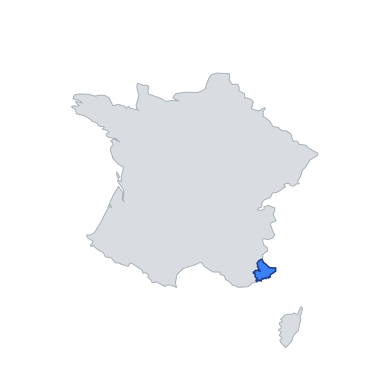 location of Alpes-Maritimes within France, rotated 16°
{"feature_id": "FRA-5266", "entity_name": "Alpes-Maritimes", "entity_type": "Metropolitan department", "adm_level": 1, "iso_a3": "FRA", "parent_name": "France", "parent_adm1": "", "projection": "equal_earth", "projection_center": [7.102, 43.917], "detail": "fine", "context": "in_parent", "style": "filled", "palette": "blue", "viewbox_px": 384, "rotation_deg": 16, "n_neighbors": 0, "source": "natural_earth", "source_scale": "10m", "svg_char_len": 5731}
<svg xmlns="http://www.w3.org/2000/svg" viewBox="0 0 384 384"><g transform="rotate(16 192 192)"><path d="M292.5,154.5L290.1,155.6L288.6,157.9L287.1,158.5L284.4,158.5L283.1,157.1L279.8,158.0L278.5,159.5L280.4,161.3L273.9,168.8L269.7,170.7L268.8,175.6L263.9,179.3L262.0,183.2L261.8,184.0L263.1,185.2L262.5,187.8L260.0,189.4L260.0,191.0L260.7,191.3L264.6,190.0L266.0,188.5L265.3,186.4L269.1,183.9L276.0,184.5L276.8,187.9L275.9,190.7L280.8,196.8L276.5,199.7L276.2,201.5L280.7,207.7L283.4,210.3L281.9,214.4L277.2,217.1L274.3,216.9L273.0,217.6L273.1,218.9L275.2,222.7L280.2,225.1L281.0,228.0L279.6,229.0L277.2,233.3L278.2,235.5L277.9,236.4L278.4,237.9L279.7,239.3L286.8,243.0L293.2,242.3L294.0,244.5L290.1,250.2L290.3,252.7L288.3,252.8L288.0,253.7L284.0,255.6L277.6,261.4L274.6,263.1L273.4,266.0L271.7,267.7L262.5,271.0L260.8,270.3L256.3,270.3L253.5,268.2L248.2,266.9L246.5,263.8L241.5,263.3L241.2,261.2L234.2,263.1L224.4,260.3L221.0,257.3L218.1,258.1L215.5,260.8L204.8,267.8L200.4,275.2L201.0,283.7L203.4,288.0L196.9,287.3L193.0,288.6L192.0,290.4L182.9,288.2L179.4,290.0L178.5,289.9L177.3,288.1L172.9,286.1L173.6,284.6L173.0,283.4L168.8,282.4L167.3,283.6L165.8,281.1L154.1,277.2L152.1,277.3L151.2,281.1L143.6,281.0L142.5,280.3L137.6,281.1L132.5,277.5L126.6,278.2L123.2,274.5L119.8,274.2L115.0,272.4L112.8,271.3L112.5,270.3L111.0,271.9L109.2,271.6L108.9,271.0L110.1,269.0L110.5,266.6L104.4,264.8L102.9,263.1L102.9,262.2L106.2,261.4L109.4,258.1L112.7,246.1L115.3,232.1L117.0,229.4L118.9,228.7L117.4,226.8L115.5,229.3L117.2,216.5L119.8,206.9L124.7,210.8L125.8,212.5L127.0,218.2L129.8,220.6L128.0,218.3L126.5,210.7L125.5,208.6L117.7,202.2L117.5,200.8L121.0,201.5L119.8,196.8L119.4,186.9L114.6,186.0L107.0,181.8L102.0,174.2L101.6,171.4L103.2,168.5L102.0,166.6L99.8,165.3L101.7,162.8L103.3,162.5L108.8,164.0L104.4,161.6L96.9,162.4L94.0,161.5L93.6,159.8L95.7,157.5L93.3,156.1L89.1,156.5L88.6,155.9L89.9,154.2L88.9,153.6L85.4,154.3L83.5,153.8L81.8,151.9L76.2,151.5L75.0,150.4L67.5,148.3L59.4,148.7L57.4,145.0L52.6,143.3L53.7,142.1L58.7,141.0L59.7,140.0L56.2,138.5L55.1,137.0L61.6,136.7L58.8,135.1L52.4,135.2L51.7,133.0L52.7,130.8L56.5,128.8L65.9,126.6L72.5,126.5L77.4,124.0L82.1,123.3L86.5,124.5L92.1,130.8L97.1,128.1L104.2,128.2L105.6,129.7L107.6,126.9L109.1,128.5L117.8,128.0L115.9,126.9L114.4,124.2L114.6,114.4L110.5,107.3L109.6,104.7L109.9,102.5L115.1,102.9L119.4,101.9L121.5,102.6L121.7,107.1L123.4,109.8L135.3,110.6L142.1,112.0L148.0,109.4L153.5,108.3L153.9,107.7L150.8,107.9L148.0,106.8L147.7,105.6L149.3,102.0L157.7,98.1L170.0,94.8L173.1,92.6L176.8,88.6L176.1,87.6L177.0,76.8L178.9,73.3L183.6,70.7L195.3,68.1L196.7,71.6L196.5,73.5L199.5,76.5L201.0,77.4L206.2,75.8L208.6,78.6L209.2,81.8L215.3,83.1L217.0,87.3L218.2,86.4L222.0,86.6L223.9,86.9L226.3,88.7L225.5,91.3L226.6,92.5L225.5,94.8L226.2,95.7L233.3,95.7L235.5,94.7L236.5,92.4L238.6,91.0L239.4,91.4L238.0,95.8L239.0,96.9L239.4,99.9L242.1,100.2L247.3,102.6L251.7,106.8L257.1,106.1L261.4,108.4L265.8,107.2L270.0,108.4L271.5,109.6L275.3,115.4L278.3,114.2L280.5,114.9L281.2,116.6L289.2,115.6L290.6,117.2L292.3,117.8L302.4,120.0L302.5,122.2L296.7,128.4L294.2,137.2L292.4,140.3L291.8,142.6L292.3,144.2L292.0,146.6L290.8,152.4L291.5,154.1L292.5,154.5ZM330.6,278.1L330.1,281.9L331.6,284.7L332.3,296.0L329.3,301.4L328.8,308.0L325.0,315.9L319.1,312.3L317.3,310.4L318.8,307.4L315.4,305.8L316.2,302.9L315.8,301.4L313.4,301.3L313.2,300.5L315.0,298.3L315.0,296.9L312.6,295.2L312.2,293.6L314.4,291.9L313.4,290.3L312.2,289.9L315.1,284.8L317.2,283.3L321.8,281.9L323.7,280.0L326.7,281.0L327.2,280.5L328.2,272.5L329.2,272.4L330.2,273.4L330.6,278.1ZM118.3,197.4L117.5,199.6L114.6,195.7L114.3,193.6L118.3,197.4Z" fill="#d9dde1" stroke="#a8b0b8" stroke-width="1"/><path d="M294.2,244.3L294.3,244.4L294.2,244.9L294.0,245.2L293.7,245.4L293.5,245.6L293.4,245.9L293.2,246.5L293.0,246.8L292.6,247.3L291.6,248.1L291.2,248.7L290.3,249.6L290.0,250.2L290.1,250.8L290.5,252.1L290.2,252.3L289.9,252.4L290.0,252.7L290.0,252.8L289.8,252.9L289.7,252.9L289.5,253.0L289.3,253.2L289.2,253.4L288.9,253.1L288.6,252.8L288.2,253.0L287.9,253.3L287.8,253.6L287.7,253.9L287.5,254.1L287.3,254.3L287.2,254.5L287.0,254.9L286.8,254.9L286.4,254.8L286.0,254.7L285.5,254.7L285.2,254.9L285.0,255.2L285.0,255.5L284.7,255.9L284.5,256.0L284.3,255.6L283.9,255.6L283.7,255.7L283.4,255.7L283.3,255.9L283.1,256.0L282.9,257.0L283.0,257.7L283.0,257.8L283.1,258.1L283.2,258.3L282.9,258.5L282.6,258.1L282.1,257.9L281.8,258.2L281.5,258.4L281.3,258.6L281.1,258.8L281.0,258.5L280.7,258.5L280.2,258.5L279.9,258.5L279.6,258.7L279.3,259.0L279.2,259.4L279.3,259.5L279.0,260.3L278.1,259.7L277.9,259.3L278.1,258.6L278.5,258.0L278.6,257.6L278.6,257.2L278.4,256.9L278.0,256.9L277.7,257.0L277.4,257.0L277.1,256.8L275.8,255.7L275.7,255.6L275.7,255.4L275.8,254.7L275.7,254.5L275.5,253.7L275.3,253.5L274.6,253.4L273.6,253.1L273.3,252.8L273.0,252.2L273.3,252.0L273.7,251.9L274.2,251.8L274.4,251.7L274.4,251.4L274.2,250.9L274.2,250.7L274.2,250.4L274.3,250.2L274.5,250.0L274.7,249.9L275.5,249.9L275.8,249.6L276.3,249.1L276.5,248.9L276.9,248.9L277.2,248.9L278.2,249.5L278.5,249.5L279.2,249.3L278.7,248.7L277.5,247.8L276.7,246.5L276.0,246.1L275.5,245.7L275.4,244.7L275.3,244.0L274.7,243.4L274.2,242.7L274.4,241.7L275.0,240.2L275.2,239.8L275.8,239.3L276.3,238.3L276.7,238.0L277.5,237.7L277.9,237.4L278.3,237.8L278.4,238.0L278.7,238.6L278.8,238.8L279.0,238.9L279.4,239.2L279.6,239.4L279.7,239.7L279.7,239.9L279.8,240.1L280.0,240.3L280.3,240.4L280.5,240.4L280.8,240.3L281.0,240.3L281.3,240.4L282.5,241.0L283.3,241.2L285.4,242.5L285.8,242.6L286.3,242.7L286.6,242.8L286.7,243.0L286.8,243.2L287.0,243.4L288.0,243.4L291.5,242.5L292.1,242.5L292.9,241.9L293.5,242.1L293.3,242.9L293.5,243.4L293.9,243.8L294.2,244.3Z" fill="#3b82f6" stroke="#1e3a8a" stroke-width="1.5"/></g></svg>